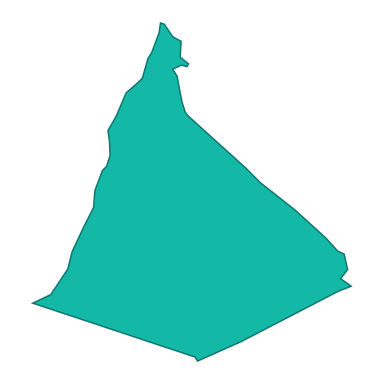 Agat, Guam
{"feature_id": "77769853B39660846480906", "entity_name": "Agat", "entity_type": "district", "adm_level": 2, "iso_a3": "GUM", "parent_name": "Guam", "parent_adm1": "", "projection": "orthographic", "projection_center": [144.666, 13.365], "detail": "fine", "context": "isolated", "style": "filled", "palette": "teal", "viewbox_px": 384, "rotation_deg": 0, "n_neighbors": 0, "source": "geoboundaries", "source_scale": "gbopen_adm2", "svg_char_len": 738}
<svg xmlns="http://www.w3.org/2000/svg" viewBox="0 0 384 384"><path d="M160.5,23.0L159.1,32.8L151.5,53.1L151.4,53.1L148.9,57.0L147.9,58.5L145.0,69.0L142.4,78.2L136.7,83.7L129.0,90.4L126.2,92.8L117.1,114.1L116.0,116.6L108.0,130.5L109.4,140.8L110.1,155.5L106.5,166.5L102.5,170.4L94.9,190.6L93.5,207.8L93.4,207.9L83.4,227.6L72.1,251.8L67.8,269.0L50.8,294.6L32.8,303.2L194.9,357.0L197.6,361.0L241.1,341.6L337.8,291.5L351.2,286.2L340.6,278.7L347.6,269.5L344.1,254.0L337.8,251.2L326.1,238.3L295.1,210.1L260.1,182.5L246.0,168.3L188.5,116.3L185.2,112.2L181.9,101.6L177.0,75.9L172.6,69.3L181.4,65.1L187.0,66.6L188.5,63.9L186.2,62.0L180.2,57.2L181.1,41.4L172.7,36.7L164.2,24.1L160.5,23.0Z" fill="#14b8a6" stroke="#0f766e" stroke-width="1.5"/></svg>